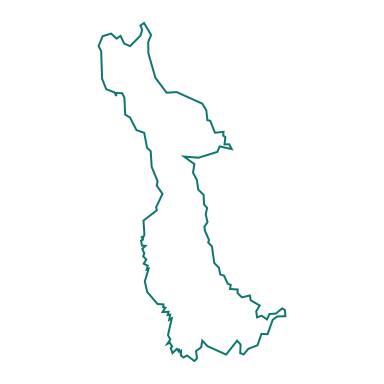 Tauramena, Casanare, Colombia
{"feature_id": "7082276B3556955758097", "entity_name": "Tauramena", "entity_type": "district", "adm_level": 2, "iso_a3": "COL", "parent_name": "Colombia", "parent_adm1": "Casanare", "projection": "equal_earth", "projection_center": [-72.586, 4.743], "detail": "medium", "context": "isolated", "style": "outline", "palette": "teal", "viewbox_px": 384, "rotation_deg": 0, "n_neighbors": 0, "source": "geoboundaries", "source_scale": "gbopen_adm2", "svg_char_len": 1888}
<svg xmlns="http://www.w3.org/2000/svg" viewBox="0 0 384 384"><path d="M101.2,51.2L102.1,78.7L106.2,89.2L114.3,92.3L116.4,96.0L115.8,93.0L122.1,93.2L124.4,97.6L125.2,114.6L130.0,117.5L136.5,130.1L144.2,132.8L147.1,147.9L150.7,151.2L151.7,166.9L157.6,181.3L156.7,185.5L162.5,193.9L156.1,207.3L156.8,210.3L143.5,220.6L144.4,234.6L143.1,237.7L141.3,236.5L143.0,239.6L141.0,240.6L142.0,245.6L145.5,245.8L142.3,248.9L144.3,253.3L143.2,256.3L146.3,259.6L143.7,263.7L147.8,265.7L146.7,269.6L148.6,268.8L144.8,281.4L147.2,291.9L157.5,304.0L163.5,304.4L163.2,307.1L165.4,307.7L162.6,312.0L168.6,311.8L167.6,315.1L170.2,314.6L169.2,319.8L171.8,318.3L168.0,335.1L170.3,339.5L167.3,343.9L169.8,342.7L172.2,346.5L170.7,348.1L172.5,353.1L176.8,348.9L178.6,351.2L178.9,348.6L179.3,351.7L181.0,350.7L180.9,355.5L183.5,357.5L187.0,355.5L194.4,361.0L197.0,358.4L196.0,351.1L201.2,347.2L202.3,340.6L207.4,346.1L226.1,354.6L237.1,340.7L240.6,344.5L240.2,353.1L243.6,354.4L248.4,348.8L257.5,345.3L261.5,333.9L267.6,334.2L272.7,319.8L277.2,316.5L285.4,316.2L284.9,310.1L282.2,308.4L275.8,313.6L269.5,314.0L267.0,319.4L261.6,315.7L257.1,317.4L256.2,311.4L259.7,305.5L250.7,300.3L249.9,295.5L241.9,297.3L237.5,293.1L237.7,289.5L230.1,289.0L230.7,284.8L227.8,283.8L224.0,275.7L220.2,274.4L219.0,267.9L214.3,263.0L211.9,246.3L208.2,242.5L209.0,240.0L205.0,230.9L204.4,226.8L207.5,222.1L205.7,214.4L207.1,207.9L204.1,204.6L203.6,194.8L198.3,189.7L196.8,179.8L193.0,172.6L194.4,164.1L184.0,156.6L198.7,157.7L217.3,151.9L219.7,146.4L231.7,149.1L229.2,144.3L224.5,144.3L225.4,137.1L223.2,135.6L223.5,131.9L214.9,132.7L210.3,120.8L207.4,120.2L206.3,110.2L202.2,103.6L176.7,92.1L166.6,92.7L155.4,77.8L148.4,53.4L148.2,42.0L151.1,35.0L144.0,23.0L140.4,25.6L142.2,29.7L140.4,35.7L130.1,46.1L124.2,43.6L120.5,35.9L116.5,38.6L111.1,33.6L102.6,36.2L98.6,46.1L101.2,51.2Z" fill="none" stroke="#0f766e" stroke-width="2"/></svg>